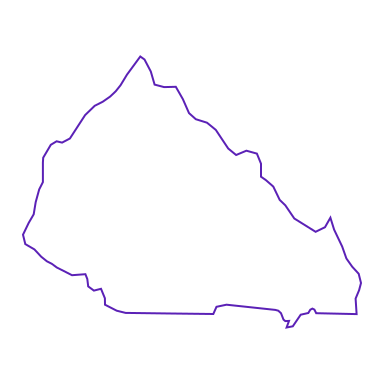 an SVG outline of Nahouri
{"feature_id": "BFA-2830", "entity_name": "Nahouri", "entity_type": "Province", "adm_level": 1, "iso_a3": "BFA", "parent_name": "Burkina Faso", "parent_adm1": "", "projection": "equal_earth", "projection_center": [-1.167, 11.251], "detail": "fine", "context": "isolated", "style": "outline", "palette": "violet", "viewbox_px": 384, "rotation_deg": 0, "n_neighbors": 0, "source": "natural_earth", "source_scale": "10m", "svg_char_len": 1147}
<svg xmlns="http://www.w3.org/2000/svg" viewBox="0 0 384 384"><path d="M213.3,314.0L170.7,313.5L125.6,312.9L116.7,310.7L105.0,304.7L104.9,298.3L101.0,288.8L93.9,290.6L88.2,286.4L87.3,279.0L85.4,274.2L72.0,275.2L56.8,267.5L51.8,263.8L46.9,261.3L41.2,256.7L34.4,249.4L25.3,244.1L23.0,234.7L28.7,222.9L33.7,214.3L35.7,202.1L39.2,189.4L42.9,182.1L42.9,162.6L43.2,157.7L50.8,144.8L56.6,141.3L62.1,142.6L69.9,138.5L85.1,115.1L94.7,105.8L102.8,101.7L110.1,96.6L115.7,91.3L120.5,85.3L127.0,74.6L140.3,56.5L144.5,59.5L150.8,71.5L154.6,84.6L164.1,87.1L175.8,86.8L182.9,99.2L189.0,113.1L195.8,119.2L207.0,122.7L215.8,129.9L228.2,148.5L236.1,155.0L246.4,150.7L256.9,153.6L261.0,163.7L261.0,176.7L266.0,180.2L273.3,186.6L279.7,199.9L285.3,205.3L294.3,218.5L315.6,231.8L325.0,227.2L330.4,217.7L334.1,229.6L342.2,246.6L346.4,258.5L352.2,266.7L358.7,273.8L361.0,283.0L359.1,290.2L355.6,298.6L356.6,314.1L316.2,313.2L314.4,309.6L312.4,308.6L310.3,309.7L308.3,313.0L300.7,314.7L292.8,326.3L286.6,327.5L289.0,320.9L285.3,321.1L283.5,319.6L281.0,313.2L278.3,310.7L275.3,309.9L226.5,304.7L216.5,306.8L213.3,314.0Z" fill="none" stroke="#5b21b6" stroke-width="2"/></svg>